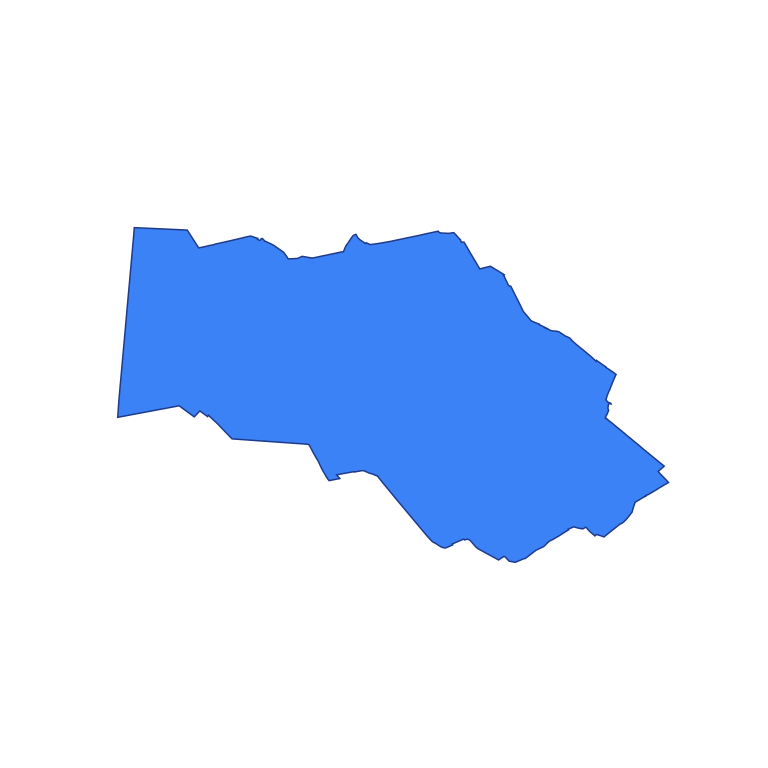 Mārupes pag., Marupes, Latvia (Natural Earth projection), rotated 31°
{"feature_id": "27541924B47115385848599", "entity_name": "Mārupes pag.", "entity_type": "district", "adm_level": 2, "iso_a3": "LVA", "parent_name": "Latvia", "parent_adm1": "Marupes", "projection": "natural_earth1", "projection_center": [23.996, 56.885], "detail": "fine", "context": "isolated", "style": "filled", "palette": "blue", "viewbox_px": 768, "rotation_deg": 31, "n_neighbors": 0, "source": "geoboundaries", "source_scale": "gbopen_adm2", "svg_char_len": 5916}
<svg xmlns="http://www.w3.org/2000/svg" viewBox="0 0 768 768"><g transform="rotate(31 384 384)"><path d="M651.3,401.8L658.3,382.9L660.0,380.2L660.4,378.8L660.5,378.8L660.7,378.1L660.9,377.3L661.5,374.9L662.3,368.6L662.6,365.9L662.4,365.5L662.4,365.3L661.3,361.4L660.2,356.0L662.9,350.9L663.7,349.4L664.4,348.1L665.0,346.6L665.3,346.7L666.4,344.7L665.9,344.6L666.0,344.4L666.5,343.5L667.4,342.8L668.3,341.1L669.4,339.1L670.8,336.6L671.2,335.6L671.8,334.8L672.2,334.0L672.2,333.8L672.9,332.5L673.0,332.4L673.3,331.7L673.7,330.8L674.1,330.1L674.6,329.2L675.9,326.7L676.4,325.9L677.2,324.5L677.9,323.1L678.3,322.5L678.6,321.9L673.2,320.3L672.0,320.1L665.3,318.2L664.1,317.8L666.5,310.1L664.7,309.8L661.5,309.4L658.7,309.0L650.5,307.8L649.0,307.6L647.8,307.4L646.0,307.1L643.6,306.8L642.4,306.6L642.0,306.5L640.7,306.4L639.8,306.2L638.8,306.1L638.4,306.0L636.7,305.7L635.7,305.5L635.1,305.4L634.3,305.3L633.4,305.1L632.2,305.0L629.6,304.6L626.9,304.2L625.5,304.0L624.2,303.7L622.4,303.5L620.6,303.3L619.2,303.1L617.6,302.8L616.4,302.6L615.3,302.4L614.4,302.3L613.7,302.2L612.7,302.0L605.5,301.0L604.4,300.8L603.1,300.6L602.9,300.6L600.2,300.1L599.1,300.0L598.1,299.9L595.7,299.6L594.6,299.4L592.4,299.0L592.5,299.2L592.0,299.1L591.4,299.3L591.1,298.8L591.0,298.5L590.7,295.3L590.8,295.3L590.2,291.3L589.9,290.6L589.4,290.3L588.4,289.4L587.8,288.0L587.7,287.7L587.4,287.1L586.9,286.0L586.9,285.6L587.0,285.3L587.2,284.9L587.6,284.6L588.9,284.2L588.2,283.7L584.8,284.3L582.9,283.3L582.3,283.3L582.0,281.1L581.6,280.7L581.4,279.7L581.3,279.1L581.2,278.4L581.1,277.5L580.9,276.8L580.8,276.1L580.7,275.5L580.5,274.4L580.4,273.3L580.5,273.0L580.2,271.2L579.8,269.4L579.7,268.4L579.6,267.7L579.4,266.3L579.2,265.7L578.4,259.9L578.0,256.3L574.6,255.9L565.8,255.5L565.6,255.5L565.5,255.1L562.1,254.9L560.7,254.8L553.9,254.3L554.1,255.3L553.6,255.2L546.5,253.7L540.6,252.8L539.5,252.6L538.1,252.4L528.7,251.1L527.8,250.9L527.3,250.9L526.8,250.7L524.9,250.4L522.4,249.8L521.2,249.4L519.4,248.9L517.5,249.1L514.5,249.5L510.0,249.3L510.0,249.2L508.9,249.2L508.0,249.2L507.2,249.3L506.3,249.4L505.6,249.6L504.9,249.8L503.8,250.3L501.7,251.4L500.4,252.0L499.7,252.2L499.8,252.2L496.2,252.6L494.8,252.7L493.8,252.8L494.2,252.5L488.0,253.0L486.5,253.2L486.3,252.7L482.6,253.4L479.5,253.8L477.7,254.0L477.3,254.0L474.7,253.0L466.1,250.1L458.9,245.4L447.5,238.2L442.4,234.9L440.1,235.5L437.1,233.5L430.1,228.9L430.9,228.6L430.9,228.4L414.5,228.3L406.8,236.0L398.5,231.5L389.5,226.7L384.8,224.0L379.5,221.2L377.2,222.6L376.8,222.3L375.9,221.6L375.4,221.1L375.0,221.0L371.6,220.0L369.2,219.2L365.9,218.3L364.7,219.2L362.7,220.9L362.0,221.4L361.5,221.8L359.9,222.6L355.1,225.2L353.3,225.7L351.8,225.1L351.7,225.2L343.2,233.1L340.8,235.4L337.8,238.3L337.7,238.4L317.8,256.8L317.6,257.1L308.4,265.1L305.4,267.6L300.4,271.6L296.0,272.1L296.0,272.4L296.0,273.1L295.7,273.1L294.2,273.0L291.9,272.9L290.8,272.8L290.2,272.8L289.7,272.8L289.0,272.7L288.4,272.6L287.6,272.4L287.2,272.4L286.6,272.2L285.8,271.8L285.2,271.5L284.7,271.3L284.3,271.0L283.5,270.4L283.3,270.3L282.9,270.2L282.7,270.3L282.6,270.5L282.2,271.0L281.8,271.5L281.5,272.0L281.3,272.4L281.1,272.9L281.0,273.3L280.9,274.0L280.7,277.2L280.6,278.9L280.5,281.7L280.3,284.2L280.3,285.8L280.5,287.9L281.1,291.5L280.0,292.3L257.7,313.0L248.1,316.7L245.1,321.0L237.5,326.1L234.7,324.7L231.2,323.2L230.6,322.9L230.3,322.8L229.8,322.8L227.9,322.6L227.4,322.6L224.8,322.4L224.6,322.4L224.1,322.4L220.5,322.1L219.2,322.0L218.6,322.0L218.3,322.0L217.7,321.9L216.7,322.0L215.5,322.1L214.6,322.1L214.2,322.2L213.2,322.3L212.5,322.4L211.9,322.5L211.7,322.5L211.1,322.5L210.2,322.6L209.2,322.7L208.9,322.8L208.6,322.8L208.1,323.2L207.9,322.8L206.6,322.4L205.9,322.2L204.8,321.9L204.1,322.5L203.9,322.9L203.9,323.4L204.0,324.2L203.4,324.9L202.1,325.1L201.6,325.2L200.5,324.9L199.9,324.5L200.0,324.4L193.6,325.8L191.3,327.8L188.4,330.7L188.2,330.9L177.6,341.2L166.5,351.8L167.1,351.6L163.6,354.7L161.1,357.1L159.2,359.0L158.9,359.2L155.1,362.8L136.1,353.4L128.8,357.3L110.3,367.3L89.4,378.6L92.8,385.3L101.8,403.9L112.0,424.9L118.0,437.3L127.1,456.1L133.1,468.4L144.5,491.9L156.5,516.7L165.2,534.6L172.9,549.7L219.5,508.3L219.6,508.2L238.3,509.9L238.6,508.5L239.5,504.3L240.0,502.1L240.1,501.9L240.7,502.0L249.6,502.8L249.5,501.2L261.2,503.7L263.6,504.3L265.6,504.9L282.0,509.3L349.7,474.9L350.3,474.9L351.1,474.7L358.6,479.2L362.4,481.4L367.1,483.9L374.7,489.0L383.3,493.7L383.8,493.9L384.8,494.4L386.7,495.1L387.0,494.8L387.3,494.6L393.1,489.3L393.5,489.0L394.1,488.4L394.3,488.4L394.8,487.8L391.7,486.7L390.2,486.2L403.4,474.6L403.8,474.8L409.9,469.5L411.0,469.0L412.2,468.6L417.3,468.0L420.5,467.1L424.9,466.5L425.3,466.1L434.4,469.5L451.8,475.7L467.4,481.1L484.5,487.0L500.1,492.4L505.6,494.0L507.1,494.2L508.9,494.3L509.3,494.0L512.0,494.1L513.3,494.2L514.5,494.2L515.6,494.2L516.6,494.2L517.7,494.1L518.5,493.9L519.2,493.7L519.9,493.5L520.4,493.3L520.9,493.1L521.2,492.9L521.5,492.5L522.1,491.6L523.1,490.3L524.0,489.0L525.1,487.4L525.7,486.5L524.8,486.1L525.0,485.8L529.8,479.2L530.1,478.8L531.9,476.3L532.0,476.1L532.2,475.8L533.3,476.2L534.6,474.8L535.7,474.0L537.5,473.6L538.7,473.8L547.0,476.5L549.6,476.8L572.9,475.8L575.4,470.2L575.7,470.3L576.4,469.6L580.0,470.7L582.5,471.4L588.3,469.3L594.1,461.4L594.9,461.0L599.9,448.2L600.4,447.5L600.9,446.8L601.7,445.5L602.9,443.7L604.7,440.9L606.6,433.7L609.0,430.0L610.5,427.2L611.9,424.7L612.5,423.5L613.7,421.0L617.3,414.0L616.6,413.7L620.3,408.6L621.9,408.3L623.2,407.9L623.7,407.8L624.8,407.4L625.4,407.2L626.9,406.7L628.2,406.0L628.5,406.1L628.9,406.0L629.6,404.9L630.1,403.9L630.5,403.1L630.6,402.9L630.9,402.8L631.3,402.9L632.0,403.1L633.0,403.4L633.7,403.7L634.1,403.8L634.3,403.9L634.8,404.0L635.5,404.2L636.1,404.4L637.7,404.7L638.3,404.8L639.0,404.9L639.6,405.0L641.3,405.3L641.9,405.4L642.1,405.4L643.0,405.6L643.6,403.9L643.7,403.5L648.1,402.4L650.9,401.9L651.3,401.8Z" fill="#3b82f6" stroke="#1e3a8a" stroke-width="1.5"/></g></svg>